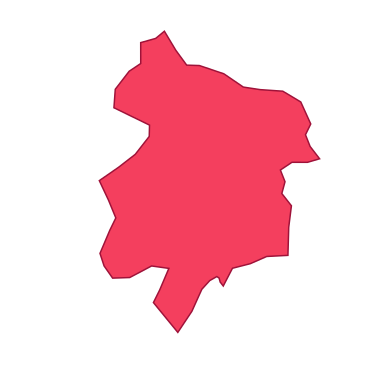 Priština, Albers equal-area conic projection, rotated 116°
{"feature_id": "KOS-5902", "entity_name": "Priština", "entity_type": "District", "adm_level": 1, "iso_a3": "XKX", "parent_name": "Kosovo", "parent_adm1": "", "projection": "albers", "projection_center": [21.268, 42.679], "detail": "fine", "context": "isolated", "style": "filled", "palette": "rose", "viewbox_px": 384, "rotation_deg": 116, "n_neighbors": 0, "source": "natural_earth", "source_scale": "10m", "svg_char_len": 835}
<svg xmlns="http://www.w3.org/2000/svg" viewBox="0 0 384 384"><g transform="rotate(116 192 192)"><path d="M262.8,122.7L260.6,127.2L257.5,129.9L257.1,132.6L263.8,137.2L275.1,140.5L283.2,140.3L299.2,139.8L324.4,143.2L308.3,178.2L294.1,178.1L270.8,179.3L276.2,195.9L296.2,210.5L304.2,225.6L297.0,238.6L287.5,247.8L262.5,249.1L248.7,249.1L236.0,263.4L222.4,280.3L201.9,268.8L183.0,259.5L160.8,254.8L150.5,259.5L150.5,280.4L150.5,299.1L133.3,306.0L111.0,301.4L99.0,294.4L80.2,303.6L69.9,292.0L59.6,287.3L71.7,268.7L80.3,252.4L75.1,240.8L71.8,215.2L75.2,191.9L70.1,175.6L61.6,154.6L63.4,133.7L78.8,115.1L90.8,115.1L99.3,105.8L106.2,91.9L114.7,101.2L121.5,115.2L133.5,122.2L142.0,112.9L154.0,110.6L160.8,96.6L181.3,89.6L206.9,78.0L217.2,96.6L230.9,108.2L242.8,122.2L262.8,122.7Z" fill="#f43f5e" stroke="#9f1239" stroke-width="1.5"/></g></svg>